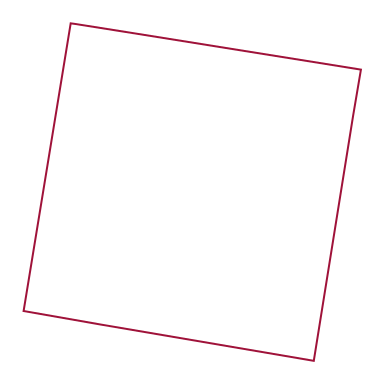 Taylor, Texas, United States of America, rotated 279°
{"feature_id": "52423323B57845343787287", "entity_name": "Taylor", "entity_type": "district", "adm_level": 2, "iso_a3": "USA", "parent_name": "United States of America", "parent_adm1": "Texas", "projection": "albers", "projection_center": [-99.87, 32.302], "detail": "fine", "context": "isolated", "style": "outline", "palette": "rose", "viewbox_px": 384, "rotation_deg": 279, "n_neighbors": 0, "source": "geoboundaries", "source_scale": "gbopen_adm2", "svg_char_len": 266}
<svg xmlns="http://www.w3.org/2000/svg" viewBox="0 0 384 384"><g transform="rotate(279 192 192)"><path d="M48.1,44.3L46.8,123.1L44.3,338.7L292.5,339.2L339.3,339.7L339.7,101.9L339.7,49.8L339.6,45.8L48.1,44.3Z" fill="none" stroke="#9f1239" stroke-width="2"/></g></svg>